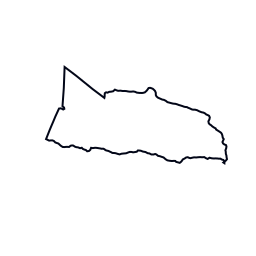 the district of Cambuci, Rio de Janeiro, Brazil, rotated 232°
{"feature_id": "56859067B47636510010645", "entity_name": "Cambuci", "entity_type": "district", "adm_level": 2, "iso_a3": "BRA", "parent_name": "Brazil", "parent_adm1": "Rio de Janeiro", "projection": "albers", "projection_center": [-41.95, -21.483], "detail": "fine", "context": "isolated", "style": "outline", "palette": "ink", "viewbox_px": 256, "rotation_deg": 232, "n_neighbors": 0, "source": "geoboundaries", "source_scale": "gbopen_adm2", "svg_char_len": 2768}
<svg xmlns="http://www.w3.org/2000/svg" viewBox="0 0 256 256"><g transform="rotate(232 128 128)"><path d="M67.0,198.4L68.6,197.9L70.6,197.2L72.5,196.5L73.7,196.8L75.6,196.0L77.5,195.4L79.0,195.2L80.7,194.6L82.1,194.6L83.8,195.5L84.7,197.5L86.0,199.0L87.7,199.4L89.3,198.7L90.4,198.0L92.0,197.7L93.6,197.0L95.1,195.7L97.3,194.4L99.5,193.4L101.3,192.0L102.1,190.9L103.1,189.9L105.3,188.8L107.0,187.8L108.2,187.3L109.3,186.1L110.4,185.2L111.6,184.5L113.8,183.0L115.0,182.1L116.1,181.5L117.8,180.3L119.5,178.5L120.9,177.4L122.4,176.3L124.1,175.0L126.2,174.5L128.1,173.6L129.3,172.5L131.0,171.6L133.4,170.3L135.4,169.9L136.8,170.2L138.7,171.6L140.5,172.1L141.9,172.0L143.6,171.7L145.0,170.9L146.1,170.1L146.8,168.8L146.3,167.2L145.9,165.7L145.7,163.2L146.5,161.3L147.3,160.2L148.4,158.8L149.4,157.8L150.5,156.7L152.1,155.9L153.6,154.6L154.7,152.8L155.7,151.6L156.8,150.5L158.0,149.5L159.3,148.1L160.4,146.6L162.1,145.0L163.4,143.1L164.7,142.2L166.3,141.3L166.1,138.9L167.0,137.1L168.1,135.4L168.4,133.7L169.6,132.7L169.7,131.2L168.5,130.0L167.2,129.0L166.3,127.9L180.4,124.1L201.2,119.3L215.1,115.6L199.0,102.0L185.5,89.8L183.5,90.2L182.3,89.6L182.5,88.3L183.8,87.8L184.9,87.1L185.8,85.6L181.7,77.7L179.1,73.1L176.8,68.9L174.5,64.8L169.7,56.6L168.3,57.3L166.6,58.1L165.7,59.6L164.8,60.8L163.4,61.6L161.4,61.8L160.1,62.6L158.6,63.6L157.3,63.8L156.0,64.0L154.8,64.3L153.2,64.9L152.1,66.2L151.3,67.5L150.2,68.9L149.3,70.0L149.4,71.8L148.7,73.2L147.8,74.1L146.1,74.6L144.8,75.4L143.5,76.7L141.6,77.8L140.9,79.4L139.4,79.5L137.7,80.4L136.7,81.2L134.8,81.5L133.9,83.1L134.0,84.8L135.1,86.7L133.8,87.9L132.8,89.7L131.8,90.9L130.2,92.4L128.9,93.6L127.8,94.5L127.0,95.7L125.7,96.4L124.4,96.6L123.0,97.6L121.9,98.5L120.4,99.2L119.3,99.8L118.0,100.3L116.9,101.6L115.8,102.7L114.0,103.9L112.4,105.1L111.7,107.1L110.5,109.0L109.2,111.0L108.7,112.8L108.1,114.6L106.8,116.2L105.7,117.0L104.8,118.6L103.9,120.3L104.2,122.0L103.3,123.0L102.2,124.1L100.3,125.2L98.3,127.0L96.0,128.0L94.8,129.2L92.8,130.1L91.4,131.8L90.8,133.4L89.6,134.1L87.6,134.5L86.1,135.8L84.5,136.8L82.9,137.9L80.2,138.4L78.3,139.1L76.7,140.5L75.0,142.2L73.8,144.0L72.9,145.0L71.6,145.1L70.2,146.2L68.7,147.3L68.7,149.0L69.0,150.4L69.5,151.8L69.1,153.8L69.0,155.6L68.2,157.1L66.8,157.8L65.8,158.6L65.0,160.4L64.2,162.0L62.8,163.6L61.7,165.4L60.6,167.0L59.3,168.4L58.1,170.2L56.3,170.8L54.6,171.7L54.4,173.9L52.5,175.4L51.2,176.8L50.2,178.2L49.1,179.5L47.8,180.8L46.9,182.0L45.4,182.5L44.1,183.5L42.1,183.4L42.1,185.2L42.5,186.8L44.3,187.7L45.7,188.6L47.4,189.2L49.1,190.4L50.5,191.1L51.5,192.8L52.8,194.2L54.2,194.7L55.7,193.8L57.3,193.4L58.8,193.8L59.6,195.3L60.3,196.6L62.0,196.7L64.1,197.8L65.6,198.3L67.0,198.4ZM42.1,183.4L42.1,181.9L40.9,182.3L42.1,183.4Z" fill="none" stroke="#020617" stroke-width="2"/></g></svg>